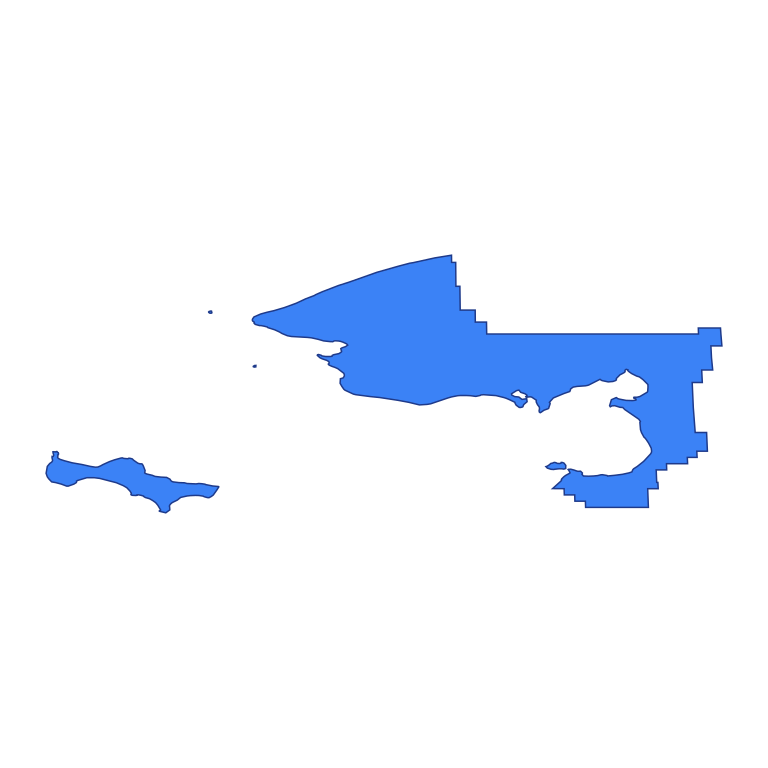 Nome, Alaska, United States of America
{"feature_id": "52423323B54983735958036", "entity_name": "Nome", "entity_type": "district", "adm_level": 2, "iso_a3": "USA", "parent_name": "United States of America", "parent_adm1": "Alaska", "projection": "robinson", "projection_center": [-165.641, 64.759], "detail": "fine", "context": "isolated", "style": "filled", "palette": "blue", "viewbox_px": 768, "rotation_deg": 0, "n_neighbors": 0, "source": "geoboundaries", "source_scale": "gbopen_adm2", "svg_char_len": 6073}
<svg xmlns="http://www.w3.org/2000/svg" viewBox="0 0 768 768"><path d="M451.5,255.2L434.8,257.9L413.0,262.7L409.7,263.2L398.0,266.3L376.9,272.3L348.9,282.2L338.5,285.5L322.4,291.7L315.6,294.7L314.4,295.5L305.7,298.8L296.3,303.2L284.3,307.6L273.8,310.7L267.2,312.2L260.7,314.0L254.0,316.9L252.6,318.9L252.3,320.0L252.6,321.0L254.1,322.0L254.3,322.7L254.1,322.8L254.1,323.3L255.3,324.4L259.5,325.6L261.1,325.6L264.2,326.2L267.3,327.0L267.8,327.6L274.7,329.8L279.5,332.0L282.0,333.5L287.3,335.7L291.4,336.5L307.3,337.4L311.3,337.8L318.1,339.3L323.6,340.9L329.9,341.6L332.8,341.7L334.3,340.9L335.6,340.8L338.5,341.0L340.3,341.3L342.8,342.1L346.1,343.6L347.0,344.2L347.7,345.1L345.6,346.6L342.1,347.8L340.8,348.6L341.3,350.7L341.6,351.0L341.6,351.5L341.4,351.9L340.5,352.6L338.9,353.6L333.7,354.7L332.2,355.4L332.0,356.3L330.2,356.5L325.7,356.5L322.4,356.0L321.8,355.8L321.3,355.3L318.6,354.5L317.6,354.7L317.4,354.9L317.3,355.4L320.0,357.8L322.1,358.8L326.8,360.4L328.8,361.6L329.2,362.9L328.8,363.7L328.3,364.1L329.1,365.1L332.0,366.4L334.7,367.3L337.7,368.6L343.8,373.3L344.3,374.7L344.3,376.0L344.1,376.5L343.0,378.0L340.4,378.7L340.1,383.3L341.8,386.3L343.8,389.2L345.0,390.2L353.4,394.1L355.9,394.7L370.5,396.6L379.6,397.5L397.9,400.3L408.7,402.3L419.4,404.9L427.1,404.4L430.7,403.8L447.8,398.0L451.6,396.9L457.7,395.7L460.3,395.5L466.4,395.5L470.5,395.7L475.8,396.4L480.0,395.5L481.1,394.9L483.6,394.7L496.1,395.6L504.1,397.6L506.2,398.3L509.5,399.7L514.9,402.3L515.1,403.3L516.2,405.2L519.2,407.4L520.5,407.5L522.2,407.1L522.9,406.7L523.7,404.6L527.1,401.7L526.7,398.7L522.0,399.4L518.8,397.0L514.7,396.6L511.7,395.0L511.5,393.8L516.6,390.6L518.9,390.1L520.7,392.3L525.1,393.8L526.9,395.1L527.0,395.8L525.8,396.6L526.2,397.2L530.1,396.8L531.7,397.1L536.3,400.2L536.2,401.9L537.5,404.7L539.2,406.9L539.4,407.7L539.5,409.2L539.2,409.9L539.1,410.8L539.3,412.0L540.2,412.7L541.3,412.1L544.0,410.2L547.9,408.8L548.6,408.4L550.1,403.8L550.1,403.2L549.4,402.5L549.5,402.2L553.4,397.9L564.0,393.5L569.8,391.5L570.5,389.7L570.6,388.9L573.2,387.1L577.1,386.4L585.5,385.8L587.5,385.4L588.8,385.0L600.0,379.3L601.2,380.2L602.1,380.6L608.2,381.9L612.9,381.5L613.8,381.2L615.7,380.5L616.2,380.0L616.4,379.8L616.2,379.0L616.7,378.1L620.1,374.7L621.6,374.0L624.3,372.5L625.1,371.7L624.9,370.9L625.2,370.0L626.2,369.3L627.9,369.8L627.7,370.4L628.6,371.4L631.5,373.5L636.7,376.1L639.4,376.9L643.1,379.7L647.9,384.5L648.0,387.1L647.7,391.3L647.2,392.2L639.9,396.5L637.1,397.2L634.0,397.2L633.7,397.8L633.8,398.1L635.8,398.9L636.1,399.6L636.0,400.0L635.5,400.2L632.6,400.6L626.1,400.4L619.4,399.1L617.7,398.6L616.5,397.6L615.7,397.8L611.4,399.7L609.6,405.7L610.3,406.8L611.9,405.9L614.8,405.7L620.0,407.3L622.8,407.5L624.7,409.5L638.8,419.2L640.4,421.5L639.9,422.4L640.5,429.7L641.5,432.6L644.0,437.2L644.8,437.8L646.2,439.5L648.6,443.1L651.2,448.1L651.6,451.1L651.4,452.5L650.5,454.0L644.2,460.8L643.1,461.8L637.2,466.5L633.6,468.8L632.7,469.9L631.9,471.9L628.9,472.9L622.5,474.3L614.8,475.3L607.5,476.0L607.1,475.5L602.4,474.7L600.8,474.8L597.6,475.6L593.5,476.0L588.6,476.2L583.4,476.0L582.0,474.3L582.2,474.0L582.4,473.0L580.6,471.2L577.9,471.3L576.4,470.9L574.2,470.1L570.8,469.2L568.4,469.3L568.1,469.5L568.8,470.3L570.0,472.6L569.9,473.1L565.5,475.5L563.8,476.8L561.8,478.8L561.4,479.4L561.6,479.9L561.0,481.0L552.6,488.6L564.1,488.7L564.3,494.9L574.7,494.9L574.9,501.2L585.4,501.2L585.6,507.4L648.4,507.4L647.7,488.7L658.2,488.7L657.9,482.4L656.7,482.4L656.2,469.9L666.7,469.9L666.5,463.7L687.6,463.7L687.3,457.4L697.1,457.4L696.8,451.2L707.4,451.2L706.6,432.5L695.2,432.5L693.3,407.5L692.2,382.5L702.3,382.5L701.7,370.0L712.7,370.0L711.5,357.8L710.9,345.9L721.9,345.9L720.9,334.0L720.5,328.0L698.3,328.0L698.5,334.0L486.7,334.0L486.5,322.1L475.3,322.1L475.2,310.1L460.2,310.1L459.9,286.3L455.9,286.3L455.7,262.4L451.6,262.4L451.5,255.2ZM47.3,466.4L46.1,473.3L47.3,476.8L48.8,478.9L51.7,481.9L55.7,482.6L61.3,484.1L66.6,486.1L68.3,486.1L73.9,484.1L76.3,482.6L76.6,481.8L76.5,481.1L77.5,480.5L86.9,477.7L94.2,477.7L99.7,478.4L116.3,482.7L123.2,485.6L126.8,487.7L130.0,491.1L131.3,493.2L131.3,493.8L130.9,494.2L131.1,494.8L132.1,495.3L135.9,495.5L136.5,495.4L136.3,495.2L137.0,494.9L138.1,494.8L141.0,495.3L143.6,496.1L143.7,496.5L145.3,497.5L149.5,498.7L152.8,500.6L155.6,502.6L157.8,505.2L160.6,509.9L160.6,510.1L159.3,510.9L159.3,511.1L159.9,511.4L165.8,512.8L169.8,509.9L169.6,506.7L169.4,506.3L169.5,505.6L170.3,504.3L171.8,502.9L173.0,502.2L177.3,500.1L180.7,497.4L187.0,496.0L190.5,495.6L195.6,495.4L199.0,495.5L202.3,496.0L203.3,496.2L204.1,496.7L207.4,497.6L209.0,497.7L211.3,496.5L213.3,495.0L217.0,489.8L218.8,486.9L218.4,486.5L212.8,486.0L205.3,484.5L205.1,484.2L201.7,483.7L198.8,483.5L196.1,483.9L187.0,483.5L184.5,482.8L178.9,482.6L173.2,481.9L171.8,481.4L171.4,481.1L170.8,480.5L170.0,479.2L166.6,477.4L160.9,477.1L155.0,476.4L152.3,475.3L146.8,474.0L145.8,473.6L144.7,472.9L145.1,470.5L143.3,465.9L142.3,464.1L141.4,463.8L139.9,463.8L137.9,463.2L133.6,460.2L132.3,458.9L130.5,458.4L128.9,458.2L128.4,458.4L128.1,458.7L127.3,458.7L123.7,458.4L122.5,457.9L121.1,458.0L114.6,459.8L109.5,461.6L102.9,464.6L100.6,465.9L98.4,466.8L97.9,467.0L95.5,467.2L90.4,466.4L81.9,464.5L72.1,462.8L64.6,460.8L59.9,459.3L58.3,458.3L57.7,457.6L57.6,457.2L58.0,455.7L57.7,455.0L58.5,454.2L58.5,453.5L58.3,452.7L57.4,452.3L57.1,451.6L56.7,451.5L55.3,451.9L53.2,451.7L52.9,451.8L53.2,453.5L53.6,454.6L53.7,455.3L53.3,456.3L52.9,456.6L52.1,456.4L52.0,457.7L52.6,460.3L52.4,461.1L51.7,462.1L49.7,463.5L47.3,466.4ZM547.2,466.2L545.9,466.6L547.3,468.1L551.0,469.3L553.9,469.5L554.4,469.3L558.9,468.8L561.8,468.8L563.9,469.1L565.7,468.5L565.8,465.4L564.0,463.1L562.5,462.5L561.2,462.4L561.1,462.6L561.2,462.9L560.9,463.2L559.8,463.5L557.2,463.4L556.4,462.9L554.8,462.4L553.9,462.5L552.3,463.2L550.9,463.4L549.3,464.8L547.2,466.2ZM209.0,311.5L208.6,312.0L208.8,312.5L209.9,313.2L211.3,313.2L211.9,312.8L211.5,311.1L210.8,311.0L209.6,311.3L209.0,311.5ZM253.3,366.3L253.3,366.7L254.2,367.1L255.8,366.9L255.9,365.4L254.5,365.5L253.3,366.3Z" fill="#3b82f6" stroke="#1e3a8a" stroke-width="1.5"/></svg>